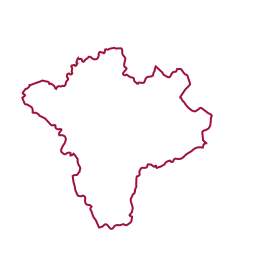 outline of Lipetsk, rotated 62°
{"feature_id": "RUS-2363", "entity_name": "Lipetsk", "entity_type": "Region", "adm_level": 1, "iso_a3": "RUS", "parent_name": "Russia", "parent_adm1": "", "projection": "orthographic", "projection_center": [38.959, 52.736], "detail": "fine", "context": "isolated", "style": "outline", "palette": "rose", "viewbox_px": 256, "rotation_deg": 62, "n_neighbors": 0, "source": "natural_earth", "source_scale": "10m", "svg_char_len": 5806}
<svg xmlns="http://www.w3.org/2000/svg" viewBox="0 0 256 256"><g transform="rotate(62 128 128)"><path d="M180.4,71.2L178.8,73.5L178.0,75.3L177.7,76.3L177.5,77.4L177.5,79.1L177.7,80.6L178.2,82.7L178.3,83.7L178.5,87.5L178.6,88.7L179.8,93.1L180.0,94.2L180.0,94.9L179.8,96.4L179.1,97.9L177.1,101.0L177.6,102.6L178.0,103.1L178.6,103.6L178.8,104.1L178.7,104.7L178.4,105.5L178.1,105.9L177.6,106.0L176.8,105.9L176.5,106.3L176.2,107.3L176.0,108.9L176.0,110.1L176.3,111.2L177.0,112.2L177.2,112.9L177.4,114.0L177.4,117.6L176.9,119.7L176.9,120.6L176.7,121.4L175.5,121.5L174.5,121.0L174.3,121.2L174.2,121.6L174.6,122.4L174.5,123.0L174.0,123.5L171.1,124.8L169.6,127.2L169.5,127.7L169.8,128.1L170.9,129.1L171.3,129.6L171.4,130.3L171.4,130.9L171.3,131.5L171.1,131.9L169.9,133.9L169.7,134.3L169.7,135.1L170.0,135.9L171.3,137.9L171.8,138.4L172.8,138.9L174.3,139.4L174.7,139.8L175.1,140.5L175.2,141.1L175.3,141.5L174.9,142.8L175.4,143.4L176.4,144.2L181.8,147.3L183.5,148.0L184.1,148.6L186.0,151.1L187.4,151.6L188.8,153.4L188.9,154.9L189.1,155.2L190.4,156.6L191.9,158.9L193.6,159.8L199.9,161.1L201.3,161.7L204.1,164.0L204.5,164.9L205.4,167.2L205.7,167.5L206.1,167.6L206.5,167.5L207.8,166.2L208.2,166.1L208.6,166.3L211.6,168.5L212.4,169.6L212.7,170.6L213.0,172.8L213.1,174.0L213.1,174.7L212.9,175.3L212.4,176.0L211.0,177.0L210.6,177.5L210.2,180.2L210.0,180.9L208.6,183.1L208.4,183.8L208.2,185.0L208.3,186.1L209.3,188.1L209.4,188.6L209.4,189.6L209.0,190.4L207.7,191.1L203.9,191.8L203.3,192.1L202.6,192.7L202.4,193.2L202.3,193.9L202.6,195.2L202.9,196.3L203.0,197.5L202.3,200.3L194.4,199.7L190.3,200.3L183.7,199.3L182.6,199.5L181.3,199.0L180.3,197.1L178.3,197.8L177.6,198.6L177.3,199.2L176.9,199.7L175.9,200.5L175.1,200.8L174.5,200.8L172.5,200.3L171.3,199.8L170.2,198.7L169.3,198.5L168.3,198.4L167.0,199.0L166.5,199.5L166.4,199.8L166.5,201.0L166.2,201.6L165.8,202.2L164.7,203.6L164.3,203.9L163.9,204.1L158.3,203.7L154.0,202.3L150.2,201.5L144.4,199.4L144.3,198.2L144.5,197.4L145.3,195.6L145.4,194.9L145.4,194.6L144.3,192.7L144.0,191.6L143.7,191.2L141.9,189.8L141.5,189.2L140.4,188.8L136.3,188.9L134.0,188.3L132.0,187.1L131.1,187.1L126.3,187.7L125.1,188.2L125.6,189.1L125.7,189.9L125.5,191.0L125.2,191.7L123.3,190.5L122.1,191.4L121.5,193.2L121.7,195.5L121.5,196.3L120.2,197.2L117.9,198.0L117.1,197.9L116.5,197.6L115.5,196.9L114.2,195.3L113.3,194.0L111.8,191.3L111.1,190.3L109.0,188.3L108.4,188.0L107.8,187.8L106.4,187.7L105.7,187.8L104.7,188.3L104.0,188.9L103.2,189.9L102.2,192.0L100.9,191.7L100.1,191.1L99.6,190.3L99.1,188.9L98.5,187.8L98.3,187.6L98.0,187.5L97.6,187.8L97.0,188.5L96.8,189.0L96.5,190.2L96.0,190.7L95.6,191.1L94.2,191.8L93.3,191.8L92.9,191.7L92.2,191.0L91.5,191.0L91.1,191.2L90.7,191.8L90.4,192.7L90.1,193.8L89.6,194.2L88.8,194.6L80.5,196.8L75.6,200.4L74.2,200.5L71.7,201.8L71.0,202.6L70.6,203.7L70.1,204.5L69.7,204.8L69.4,204.9L68.4,204.2L66.7,203.4L64.7,203.3L64.2,203.4L60.2,205.8L58.8,207.5L58.1,207.8L51.8,207.2L51.6,207.0L51.2,204.1L50.7,203.5L49.7,203.7L48.7,204.4L48.0,204.6L47.6,204.4L47.3,204.1L45.7,200.8L45.5,200.2L45.8,198.8L45.5,197.0L44.9,195.4L44.6,195.0L43.9,194.8L44.5,192.9L44.7,190.4L45.7,184.1L45.9,181.3L47.8,179.2L49.1,177.5L50.0,176.7L50.7,176.5L52.1,176.8L52.4,176.7L52.5,175.5L52.8,175.1L53.5,174.7L55.8,173.6L57.0,173.4L58.9,173.6L59.7,173.1L58.5,171.3L58.4,170.6L58.8,169.0L59.6,168.2L59.9,167.6L60.0,167.2L60.0,166.0L60.8,165.2L61.1,164.5L60.9,163.9L60.6,163.2L58.1,160.7L57.8,160.2L57.5,159.2L56.8,157.9L55.8,157.6L54.6,157.9L54.1,157.9L52.3,156.6L52.1,156.3L52.0,155.9L52.0,155.3L52.2,154.4L52.7,154.0L53.6,153.8L53.8,153.6L53.9,153.4L54.0,152.4L53.8,152.0L53.6,151.7L52.9,151.3L51.7,151.2L51.1,150.8L49.8,149.7L49.2,149.4L48.7,149.2L48.1,149.3L47.1,149.1L46.5,148.7L46.4,148.1L46.5,147.7L46.9,147.1L47.1,145.9L47.3,145.6L48.2,145.5L48.5,145.3L48.5,144.9L48.4,144.3L47.3,142.4L47.1,142.3L46.6,142.4L46.2,142.9L45.8,142.8L43.7,140.6L42.9,139.1L43.9,139.1L44.1,138.9L44.3,138.5L44.5,137.7L45.1,136.8L45.8,136.7L47.6,137.0L48.4,136.6L48.6,136.3L48.6,135.9L48.5,135.2L48.0,134.5L47.8,134.0L47.6,133.2L47.4,131.3L47.2,130.5L46.7,129.3L46.8,128.9L47.1,128.3L47.7,127.7L50.0,126.8L50.9,126.2L51.6,125.4L52.0,124.8L52.2,124.0L52.4,123.1L52.3,122.3L51.6,121.2L50.3,119.8L48.8,119.1L48.3,118.7L48.0,118.2L47.7,117.5L47.7,117.1L47.8,116.7L48.7,116.1L49.7,114.7L50.7,114.2L50.5,113.4L48.0,111.3L48.3,110.2L49.3,109.2L49.4,108.8L49.4,107.5L49.5,106.7L50.8,102.4L52.0,101.5L52.5,100.8L52.9,99.7L54.0,97.4L54.4,96.8L54.9,96.4L55.6,96.4L57.1,96.8L58.9,97.8L60.2,98.2L61.0,98.2L64.7,97.6L65.3,97.7L65.8,97.9L69.9,101.5L71.5,102.2L72.3,102.3L73.4,101.7L74.2,101.4L74.6,101.3L74.9,101.5L75.1,101.7L76.2,104.2L77.0,106.2L77.7,106.9L78.0,107.0L79.0,106.9L79.7,106.4L80.1,105.8L80.2,104.4L80.3,104.1L80.5,103.9L83.0,102.8L84.0,102.1L86.3,99.7L87.0,99.6L89.5,100.4L93.1,99.1L93.6,98.4L93.0,97.7L93.0,96.9L94.9,94.2L95.4,93.0L95.4,92.7L95.2,92.1L92.7,89.2L92.1,88.0L92.3,86.1L92.6,85.3L93.2,83.9L93.3,83.4L93.4,82.0L93.4,81.5L93.0,80.9L91.9,80.2L91.2,79.4L89.9,77.5L88.6,76.8L86.7,74.6L94.9,71.7L97.2,71.6L97.8,71.5L101.4,69.2L102.1,68.5L102.5,68.0L102.6,67.7L102.5,67.2L102.2,66.4L100.6,63.9L99.9,62.2L100.0,61.1L100.5,60.1L100.7,59.0L100.4,58.5L99.5,57.6L99.0,57.0L100.2,54.6L101.0,53.5L106.1,52.8L107.3,52.4L109.0,51.1L109.5,50.9L118.1,52.4L118.4,52.6L119.4,54.3L120.7,58.8L121.4,60.4L122.3,62.0L123.6,64.4L124.8,66.8L125.4,67.5L125.9,67.6L126.4,67.0L126.8,66.9L128.3,67.2L132.5,66.2L134.9,66.1L138.9,65.0L142.7,63.3L144.4,61.7L144.9,60.4L144.8,58.7L144.6,57.4L144.2,55.2L144.2,54.5L144.8,53.9L146.0,53.2L152.4,50.3L154.7,48.6L156.0,48.2L156.8,48.5L157.2,49.2L158.4,50.3L161.8,52.3L164.3,54.2L164.9,54.9L166.1,56.8L166.3,57.8L166.3,58.9L166.3,59.9L165.9,62.3L166.0,63.9L166.8,64.5L174.3,67.5L178.1,65.9L178.3,66.0L177.7,67.7L178.0,68.9L180.4,71.2Z" fill="none" stroke="#9f1239" stroke-width="2"/></g></svg>